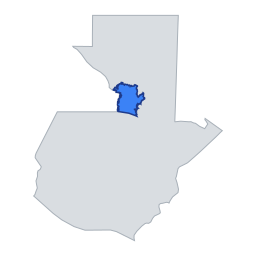 Sayaxché, Petén, Guatemala (highlighted)
{"feature_id": "79465075B52336301108850", "entity_name": "Sayaxché", "entity_type": "district", "adm_level": 2, "iso_a3": "GTM", "parent_name": "Guatemala", "parent_adm1": "Petén", "projection": "natural_earth1", "projection_center": [-90.182, 16.297], "detail": "fine", "context": "in_parent", "style": "filled", "palette": "blue", "viewbox_px": 256, "rotation_deg": 0, "n_neighbors": 0, "source": "geoboundaries", "source_scale": "gbopen_adm2", "svg_char_len": 6455}
<svg xmlns="http://www.w3.org/2000/svg" viewBox="0 0 256 256"><path d="M33.7,196.0L34.9,194.6L36.0,191.3L37.3,188.0L36.5,184.1L36.0,180.9L37.5,176.4L37.4,172.9L38.0,170.8L40.2,169.4L41.3,166.8L35.2,157.8L35.3,155.7L36.1,153.2L41.0,143.6L46.9,132.1L53.4,119.4L57.3,111.8L71.6,111.8L81.0,111.8L92.9,111.8L105.9,111.8L114.4,111.8L118.0,111.7L117.4,106.7L117.8,101.3L119.4,96.3L119.4,94.1L116.8,91.4L111.9,89.9L109.2,87.5L109.2,84.5L108.0,80.9L105.6,76.6L100.7,72.2L93.2,67.8L86.8,61.8L81.5,54.3L77.1,49.4L73.6,47.4L72.8,46.3L82.9,46.4L92.4,46.5L92.4,35.7L92.5,26.2L92.6,15.4L109.8,15.4L130.3,15.4L151.7,15.4L168.4,15.4L178.3,15.4L177.8,28.9L177.3,44.4L177.0,55.8L176.5,71.0L176.0,86.6L175.3,107.8L174.8,121.5L175.0,121.8L180.7,121.2L189.0,121.8L191.0,121.7L193.5,122.9L195.5,123.3L199.7,126.4L204.7,128.7L207.8,124.0L206.1,121.2L204.9,119.7L205.1,118.4L222.3,130.7L220.3,132.5L215.9,136.9L208.0,144.3L200.9,151.0L194.1,157.1L187.9,162.5L187.2,163.0L179.4,166.9L178.0,168.7L176.4,176.4L175.6,178.3L177.0,182.6L178.5,189.2L178.0,192.6L172.6,196.9L170.1,200.7L169.0,203.1L168.1,202.5L166.4,202.3L162.5,203.3L160.6,203.5L159.1,204.6L158.9,206.9L160.0,210.8L160.3,212.8L159.3,213.7L154.5,216.0L152.6,218.3L150.8,221.9L148.7,223.3L146.5,223.1L145.0,223.6L141.7,226.2L136.7,231.4L134.1,235.2L134.0,238.1L134.5,240.6L116.4,231.6L110.4,230.0L85.0,230.2L74.1,226.6L61.7,219.8L53.3,213.5L33.7,196.0Z" fill="#d9dde1" stroke="#a8b0b8" stroke-width="1"/><path d="M128.9,113.2L135.4,115.6L136.8,116.2L136.7,116.0L136.6,115.6L136.6,114.8L136.8,114.6L136.7,114.5L136.4,114.6L136.2,114.7L136.0,114.4L136.1,114.2L136.3,113.9L136.6,113.1L136.4,113.0L136.2,113.0L136.1,112.7L135.9,112.5L135.8,112.3L135.6,112.1L135.6,111.8L135.6,111.4L135.7,111.2L135.8,111.2L136.2,111.4L136.3,111.2L136.5,111.1L136.6,110.7L136.2,110.5L135.8,110.5L135.8,110.1L135.7,110.0L135.3,109.7L134.9,109.8L134.7,109.7L134.5,109.3L134.8,109.2L134.8,109.5L135.3,109.4L135.5,109.5L135.9,109.3L136.0,109.3L136.1,109.5L136.3,109.5L136.6,109.3L136.7,109.1L136.9,109.3L137.2,109.2L137.6,108.8L137.8,108.3L138.3,108.2L138.1,108.0L137.7,108.0L137.5,107.8L137.3,107.8L137.2,107.9L137.2,108.0L137.4,108.1L136.8,107.6L136.8,107.3L137.1,107.1L137.0,106.7L137.3,106.3L136.8,106.2L136.6,106.3L136.6,106.1L136.9,105.7L137.1,105.7L137.6,105.9L137.7,105.6L137.3,105.0L137.1,105.0L137.1,105.4L137.0,105.5L136.7,105.2L137.1,104.6L137.4,104.6L137.2,104.2L137.3,104.1L137.6,104.0L137.9,104.0L137.9,103.9L137.9,103.7L138.1,103.8L138.3,104.2L138.3,103.9L138.6,103.9L138.7,104.2L138.9,104.0L139.0,104.2L139.3,104.1L139.4,103.9L139.7,103.9L139.7,103.7L140.1,103.4L140.3,103.7L140.6,103.7L140.8,103.9L140.8,103.2L140.7,103.1L140.7,102.9L140.8,102.9L140.9,102.6L141.2,102.2L141.2,101.7L141.5,101.4L141.4,101.3L141.5,101.1L141.5,100.6L141.7,100.4L141.9,100.3L142.0,100.3L142.1,100.2L142.3,100.2L142.7,100.0L142.8,100.1L143.0,100.0L143.2,99.9L143.2,99.7L143.7,99.4L143.8,99.1L144.0,99.2L144.5,99.0L144.6,98.7L144.6,98.3L144.4,98.3L144.3,97.8L144.2,97.8L144.3,97.6L143.1,96.6L143.4,95.9L143.4,96.0L143.6,93.3L143.4,93.1L143.4,93.4L143.0,93.5L143.0,93.8L142.9,94.1L142.7,94.2L142.4,94.2L142.2,93.8L142.1,94.0L141.6,94.2L141.7,94.4L141.6,94.6L141.0,94.5L140.8,94.8L140.5,94.9L140.4,94.8L140.1,94.9L140.0,95.1L139.9,95.1L139.9,95.4L139.8,95.6L139.6,95.7L139.5,95.8L139.4,95.7L139.3,95.9L139.2,95.9L139.1,96.1L138.9,96.3L138.8,96.6L138.7,96.8L138.2,97.2L138.0,96.8L138.0,96.7L137.9,96.7L137.6,96.3L137.7,96.1L137.6,95.8L137.5,95.7L137.3,95.7L137.3,95.4L137.3,95.2L137.2,95.1L137.2,94.9L137.1,94.7L136.5,94.2L136.4,93.9L136.5,93.8L137.0,93.7L137.1,93.1L137.0,92.8L136.9,92.7L137.2,92.1L137.4,91.3L137.4,91.1L137.1,90.8L137.2,90.2L137.1,89.8L137.1,89.4L136.7,89.3L136.5,89.2L136.5,88.7L136.3,88.3L136.4,87.9L136.6,87.3L137.4,86.3L137.4,86.0L137.2,85.8L137.0,85.7L136.9,86.0L136.7,86.0L136.3,85.5L135.8,85.1L135.7,85.0L135.4,85.0L135.0,84.8L134.7,85.3L134.5,85.0L134.4,85.0L134.2,85.8L134.0,86.0L133.8,86.1L132.8,86.1L132.0,86.4L131.7,86.4L131.5,86.1L131.6,85.9L131.6,85.7L131.3,85.5L131.0,85.7L130.7,85.9L130.4,86.0L130.2,86.3L130.1,85.9L130.0,85.5L129.8,85.2L129.6,85.1L129.3,85.1L128.9,85.6L128.7,85.7L127.8,84.8L127.4,84.5L127.2,84.5L126.9,84.7L126.7,84.8L126.2,84.5L125.7,84.4L125.2,84.2L124.8,84.1L124.6,84.2L124.5,84.5L124.4,84.7L124.5,84.9L124.5,85.0L124.4,85.1L123.0,83.8L122.8,83.8L122.4,84.1L122.2,84.0L122.2,83.7L122.3,83.4L122.7,83.4L122.9,83.1L122.9,82.9L122.7,82.6L121.9,82.6L121.2,82.4L121.1,82.5L121.6,83.7L121.5,84.0L121.0,83.8L120.5,83.9L120.3,83.8L119.8,83.8L119.3,83.9L119.2,84.0L119.2,84.5L118.7,84.9L118.3,84.7L118.1,84.7L117.1,85.4L117.0,85.5L117.5,85.9L117.8,85.6L118.0,85.5L118.2,85.8L118.0,86.2L117.8,87.0L117.7,87.7L117.7,88.2L118.0,88.7L117.9,89.0L117.3,88.8L117.2,88.7L117.2,87.9L117.1,86.9L116.5,86.7L116.2,87.2L116.1,87.6L116.0,87.8L115.8,87.7L115.6,87.5L115.5,87.3L115.6,86.9L115.4,87.2L115.0,87.3L114.6,87.8L114.5,88.7L114.6,89.0L114.3,89.0L114.0,88.9L113.7,89.0L113.4,89.2L113.2,89.7L113.3,90.0L114.2,90.4L114.4,90.4L114.5,90.0L114.9,89.8L115.2,89.8L115.4,90.0L115.5,90.2L115.6,90.6L115.9,90.6L116.2,90.3L116.5,90.4L116.5,90.6L116.4,91.4L116.1,92.0L116.1,92.3L116.7,92.3L117.4,92.5L118.0,92.3L118.5,92.4L119.1,92.3L119.4,92.5L119.5,93.1L119.8,93.4L120.1,93.2L120.3,92.8L120.6,92.9L120.7,93.1L120.6,93.4L120.5,93.6L120.1,93.7L120.0,94.0L120.3,94.5L120.8,94.9L121.0,95.0L121.4,95.0L121.5,95.3L121.5,95.6L121.4,95.8L121.0,95.8L120.8,95.2L120.4,95.1L120.1,95.2L119.7,95.7L119.6,96.1L119.7,96.6L119.8,96.6L119.8,96.0L119.9,95.9L120.0,95.8L120.1,96.0L120.2,96.5L120.9,96.7L121.0,96.9L121.0,97.0L120.9,97.2L120.7,97.3L120.4,97.0L120.2,97.0L120.0,97.4L119.6,97.7L119.6,97.9L119.7,98.2L119.7,98.3L119.6,98.7L119.3,98.9L118.9,98.8L118.5,99.0L118.3,99.2L118.3,99.4L118.6,99.6L118.3,100.0L118.3,100.3L118.4,100.5L118.6,100.6L118.9,100.6L118.9,100.9L119.0,101.1L119.1,101.4L119.0,101.6L118.8,101.7L118.6,101.6L118.2,101.3L117.7,101.6L117.6,102.1L117.6,102.3L117.9,102.4L118.3,102.2L118.4,102.6L118.8,102.9L118.7,103.0L118.4,102.9L118.2,103.0L117.7,103.4L117.5,103.8L117.5,104.4L117.6,105.4L117.8,105.6L118.4,105.8L118.8,106.1L118.9,106.3L118.9,106.7L118.3,107.1L117.9,107.2L117.8,107.4L117.8,107.6L117.9,107.8L118.5,107.9L118.7,108.0L118.8,108.2L118.7,108.5L118.7,109.0L118.3,109.2L117.8,108.8L117.6,108.8L117.4,109.6L117.5,110.1L117.5,110.5L117.9,110.5L118.1,110.1L118.5,109.8L118.9,110.0L118.8,110.3L118.4,110.5L118.0,111.1L117.9,111.3L118.1,111.5L128.9,113.2Z" fill="#3b82f6" stroke="#1e3a8a" stroke-width="1.5"/></svg>